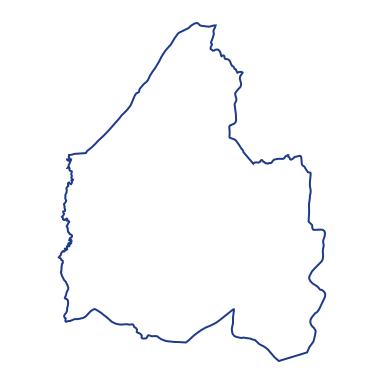 outline of Andoung Meas, Rôtânôkiri, Cambodia
{"feature_id": "14789045B1558360713921", "entity_name": "Andoung Meas", "entity_type": "district", "adm_level": 2, "iso_a3": "KHM", "parent_name": "Cambodia", "parent_adm1": "Rôtânôkiri", "projection": "natural_earth1", "projection_center": [107.29, 13.96], "detail": "fine", "context": "isolated", "style": "outline", "palette": "blue", "viewbox_px": 384, "rotation_deg": 0, "n_neighbors": 0, "source": "geoboundaries", "source_scale": "gbopen_adm2", "svg_char_len": 5842}
<svg xmlns="http://www.w3.org/2000/svg" viewBox="0 0 384 384"><path d="M215.6,25.4L213.7,25.5L209.2,26.7L206.1,26.4L201.6,25.8L200.1,25.4L198.0,23.4L196.5,23.0L194.5,23.6L192.2,24.9L190.5,26.2L188.5,28.1L179.5,32.5L178.0,33.5L174.4,38.6L170.8,44.6L166.6,49.2L164.8,51.5L161.6,56.5L159.3,61.1L155.4,67.7L152.8,71.3L150.0,75.6L147.9,80.2L146.1,82.3L144.9,83.0L143.4,84.5L139.9,88.7L139.3,89.8L139.1,91.6L138.8,92.1L137.5,92.9L136.9,93.0L135.7,94.0L134.5,96.2L131.0,104.6L129.9,106.4L126.6,110.5L121.6,115.4L119.4,118.3L108.2,131.0L103.3,136.0L98.2,140.7L95.1,144.1L92.3,146.8L86.8,151.3L86.2,152.8L85.7,153.1L74.2,153.9L72.2,154.6L68.9,155.1L69.1,156.2L68.8,156.7L68.9,157.4L69.3,157.8L69.6,158.7L69.0,159.2L67.1,159.4L67.3,160.1L68.4,160.7L69.0,160.6L70.6,159.8L70.4,159.2L71.1,159.4L71.0,159.9L70.8,160.7L70.2,161.2L70.2,161.9L69.4,163.8L68.7,164.8L68.8,165.9L67.6,167.9L69.3,167.7L69.6,168.3L69.4,169.9L69.9,170.7L71.7,171.3L71.8,172.0L71.3,173.9L71.3,174.5L71.9,175.9L71.3,177.7L71.8,178.6L73.0,179.7L72.8,180.2L71.5,180.5L72.0,181.6L72.0,182.3L71.5,183.6L71.0,184.2L70.2,183.8L69.0,182.5L68.3,182.9L67.9,184.0L68.1,184.7L68.0,185.3L68.3,186.0L66.7,187.5L66.5,188.0L66.4,188.8L66.8,190.1L66.5,192.5L65.3,195.3L65.5,196.9L65.2,197.9L65.3,198.5L66.2,200.8L65.3,202.6L63.9,204.2L64.6,206.3L64.4,207.2L65.2,210.3L64.8,211.0L63.3,211.5L63.5,212.1L63.3,212.7L64.1,213.8L63.2,215.6L61.9,216.9L63.2,218.5L63.0,219.3L63.7,219.9L64.3,220.0L65.0,219.8L66.1,218.9L66.7,218.6L67.2,219.0L66.9,220.6L68.3,220.7L69.0,221.4L69.2,222.1L68.3,223.0L67.7,224.7L67.0,225.5L66.7,226.1L66.9,226.9L67.5,227.4L67.6,228.7L67.9,229.1L67.7,229.9L68.1,231.9L69.1,232.7L69.3,233.6L69.7,234.1L70.6,234.3L72.0,235.5L72.1,236.2L71.4,237.4L70.3,237.8L69.4,239.5L69.3,240.0L69.7,240.0L70.4,239.7L71.0,239.8L71.4,240.3L71.5,241.0L70.5,241.0L71.2,243.2L70.7,243.7L69.4,242.7L68.8,243.1L68.1,244.1L68.1,244.6L69.2,244.6L69.5,245.4L69.4,246.1L69.0,246.4L67.0,246.4L67.0,249.0L66.3,248.9L65.9,248.6L65.0,248.7L65.4,249.9L66.1,250.0L65.1,250.7L64.5,250.7L63.9,251.6L63.1,251.0L62.1,251.9L61.0,253.7L60.8,255.0L58.8,257.3L59.6,258.0L60.7,258.4L61.3,259.9L62.7,260.8L62.8,263.0L61.9,264.1L61.8,265.9L61.4,267.4L61.6,268.5L61.3,270.5L61.4,271.0L60.9,272.2L61.9,275.7L64.1,280.0L65.7,281.7L67.4,285.1L68.3,287.7L68.2,289.1L66.5,292.7L66.1,294.9L64.8,297.9L65.4,298.7L66.5,298.9L67.9,300.4L68.1,302.9L68.0,304.8L67.4,307.4L67.0,308.3L67.2,309.6L66.9,311.1L65.9,313.3L64.8,314.4L64.2,315.7L64.2,316.4L64.4,317.2L64.9,317.9L65.6,318.2L65.4,321.1L66.1,321.8L68.7,320.9L69.9,321.1L74.6,319.1L77.9,319.1L83.3,317.9L85.8,316.4L90.2,311.6L92.2,310.1L94.6,309.0L96.7,310.0L101.2,312.9L103.8,315.1L106.2,316.8L111.6,321.6L114.5,323.2L117.2,324.1L121.1,324.6L126.5,324.2L129.3,324.6L130.6,324.6L131.8,324.3L132.7,324.4L133.4,324.9L134.2,326.9L136.2,328.3L136.9,329.3L136.8,332.2L138.5,333.0L139.5,333.2L141.1,334.7L141.8,335.8L141.5,337.2L141.9,338.0L143.0,338.6L145.9,338.4L146.9,337.6L147.7,335.9L148.3,335.3L150.1,335.6L151.3,336.2L156.0,336.1L157.1,336.3L161.0,339.1L165.3,340.8L167.3,341.2L174.7,342.0L177.8,342.0L185.9,342.5L188.3,340.7L194.2,335.2L200.6,330.5L205.4,327.7L210.7,325.5L215.9,322.9L219.6,320.2L233.2,309.4L233.8,309.3L234.0,310.0L233.0,317.3L233.0,323.0L231.8,328.8L232.1,332.1L232.8,334.1L234.3,336.0L236.9,337.1L241.3,338.0L243.4,337.6L250.3,338.6L252.6,339.5L255.0,340.0L259.4,344.2L264.3,346.7L267.5,349.1L274.5,357.2L278.8,361.0L307.1,352.4L309.4,347.1L313.2,341.9L313.7,340.7L315.0,335.4L315.6,331.6L315.6,330.6L313.8,327.8L311.9,326.0L310.7,323.8L310.3,322.4L310.5,319.8L311.6,317.7L314.2,314.4L315.2,313.2L316.9,312.2L317.6,311.5L319.4,308.7L324.6,297.7L325.2,295.7L325.2,294.8L325.1,293.5L323.9,291.5L322.1,290.1L320.0,289.5L319.3,288.8L318.4,287.5L316.2,285.7L312.8,283.6L311.4,282.2L310.1,280.7L309.2,278.6L309.3,276.6L311.9,271.5L314.4,268.7L321.6,261.4L322.7,259.3L323.1,256.3L322.8,250.6L323.1,248.6L323.6,246.6L323.7,245.2L323.1,241.6L323.3,240.1L324.7,236.1L325.0,233.1L324.6,231.7L324.1,230.8L323.1,230.1L322.1,229.7L320.1,229.6L314.5,229.9L313.1,229.6L312.4,228.4L312.2,225.4L311.9,224.8L309.1,222.1L308.6,221.3L309.1,213.0L309.0,204.0L309.9,197.4L309.9,195.7L310.5,193.4L310.7,190.7L309.9,185.7L309.9,181.9L310.6,175.1L310.6,173.4L310.4,172.7L307.9,172.2L305.8,169.1L304.8,167.3L304.2,166.5L302.7,165.5L302.2,164.8L301.8,163.9L301.3,157.6L300.9,156.4L300.5,156.0L299.7,155.9L294.9,156.9L293.8,157.7L293.2,158.5L291.2,159.6L290.1,159.3L289.6,157.9L289.3,157.4L288.3,156.8L288.4,155.2L287.8,155.1L285.7,156.2L285.3,156.6L284.6,157.8L283.1,158.9L278.8,158.8L276.9,159.0L274.1,159.7L272.9,160.7L271.6,162.6L270.4,163.2L269.4,162.9L267.9,163.7L267.2,163.6L266.5,163.1L265.4,163.1L264.2,162.0L263.3,161.7L262.1,160.1L261.0,160.3L260.8,160.7L260.3,161.1L260.2,161.6L259.0,162.4L258.3,162.6L256.8,162.4L254.8,162.5L254.3,162.9L253.4,163.1L253.2,163.6L243.4,152.1L243.2,151.0L242.4,149.6L241.4,148.6L238.6,144.2L236.1,140.8L235.0,139.8L233.1,138.9L231.5,138.4L229.7,137.6L229.4,136.3L229.7,133.5L229.3,126.6L230.2,125.3L231.0,125.2L232.2,124.4L234.0,123.8L235.0,122.9L235.8,121.7L236.1,120.0L235.9,114.5L234.6,104.6L234.8,103.6L236.2,100.8L236.4,99.4L236.3,98.2L235.6,96.2L235.2,94.4L235.3,93.0L237.7,89.8L240.2,87.2L240.9,85.7L241.1,84.1L241.0,83.1L239.8,78.8L240.1,76.7L240.9,75.0L242.1,73.7L242.6,72.6L242.0,72.1L241.1,71.9L239.1,72.0L237.4,72.7L235.7,69.3L234.9,69.1L234.4,68.6L233.6,66.8L231.9,65.6L231.1,64.2L230.1,61.5L229.4,60.5L228.5,59.7L227.3,59.1L225.8,59.1L224.8,58.6L224.6,58.2L224.3,56.1L223.8,55.6L223.3,55.4L222.7,55.5L221.6,56.3L221.2,55.9L220.4,52.6L219.5,51.0L218.6,49.9L217.6,49.5L216.8,49.5L215.6,49.7L213.7,50.7L212.8,50.7L211.7,49.7L210.7,49.2L210.5,48.1L210.9,46.8L212.0,44.5L211.8,43.9L211.2,43.2L211.1,42.2L212.8,37.7L213.8,34.3L213.8,33.0L213.4,31.9L213.8,29.8L214.6,28.3L215.6,25.4Z" fill="none" stroke="#1e3a8a" stroke-width="2"/></svg>